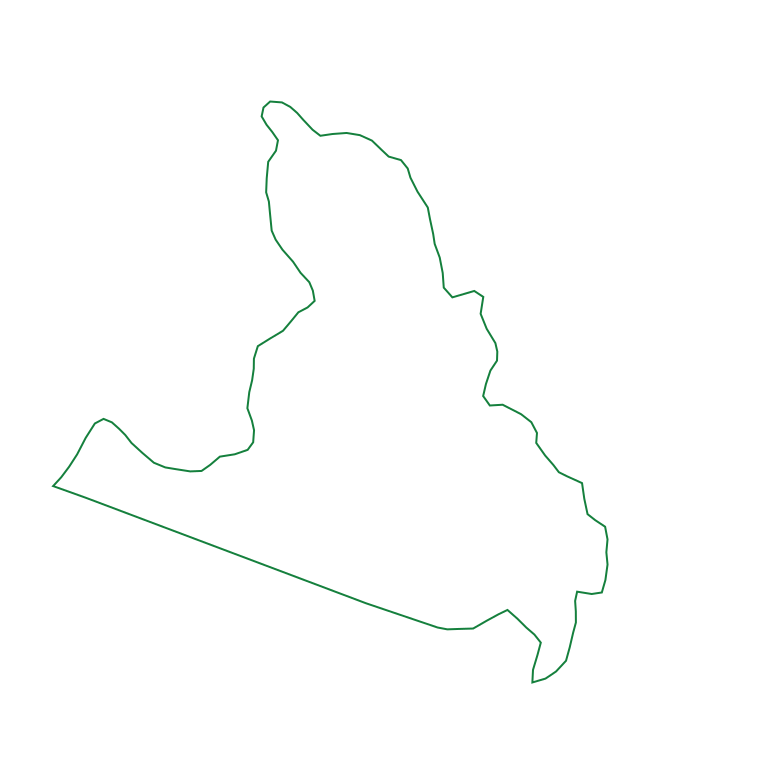 outline of Cipó, Bahia, Brazil, rotated 20°
{"feature_id": "56859067B81796628868211", "entity_name": "Cipó", "entity_type": "district", "adm_level": 2, "iso_a3": "BRA", "parent_name": "Brazil", "parent_adm1": "Bahia", "projection": "albers", "projection_center": [-38.527, -11.094], "detail": "fine", "context": "isolated", "style": "outline", "palette": "green", "viewbox_px": 768, "rotation_deg": 20, "n_neighbors": 0, "source": "geoboundaries", "source_scale": "gbopen_adm2", "svg_char_len": 1809}
<svg xmlns="http://www.w3.org/2000/svg" viewBox="0 0 768 768"><g transform="rotate(20 384 384)"><path d="M289.4,159.4L276.2,158.4L263.0,160.9L250.1,166.7L239.3,172.5L229.9,169.5L217.6,163.3L209.7,159.0L201.2,155.7L191.8,154.3L180.4,157.5L176.2,165.4L177.5,174.4L185.0,180.6L192.8,185.4L201.0,191.2L202.7,201.7L199.2,214.8L203.4,230.7L207.7,244.2L213.4,251.9L219.1,263.9L226.0,278.3L232.8,285.4L242.6,292.5L256.7,300.2L267.6,308.1L279.0,313.9L285.2,320.6L290.4,329.6L286.0,338.2L279.0,345.9L275.3,356.5L270.9,368.5L261.5,380.1L252.5,391.6L253.1,404.7L256.4,414.2L258.8,425.6L260.2,437.8L263.9,453.5L272.4,463.6L277.7,471.9L281.0,483.5L278.4,492.5L267.8,501.1L254.6,508.4L248.3,519.5L242.3,528.1L231.8,532.4L217.6,535.2L207.0,537.2L194.7,536.7L180.5,531.4L166.9,525.8L158.3,520.4L150.4,516.7L141.4,513.1L132.4,512.7L125.8,520.0L122.1,536.7L119.7,555.1L116.4,569.5L112.6,582.0L108.0,593.1L142.3,592.9L442.1,596.2L517.6,594.5L527.4,592.9L537.8,588.7L551.4,583.3L561.5,571.3L570.4,561.2L577.3,554.1L589.8,559.0L601.0,564.2L611.0,568.0L619.8,573.4L620.9,586.1L621.8,601.7L625.5,613.7L636.5,605.6L644.0,595.3L649.7,581.8L648.6,568.0L646.8,553.0L645.9,542.5L642.0,532.0L637.8,522.5L636.5,513.1L651.0,510.3L660.0,505.4L659.1,492.5L655.8,477.2L650.5,466.1L647.2,453.6L640.6,442.5L629.0,439.7L619.8,436.7L611.5,423.4L604.0,409.4L587.3,408.1L578.5,407.1L570.9,402.2L559.9,396.1L547.2,387.3L544.5,377.7L535.5,369.5L523.2,365.5L512.9,364.2L502.6,362.9L490.8,368.0L481.3,361.4L479.8,349.2L479.4,335.0L482.2,323.4L479.4,314.8L474.7,307.5L461.6,297.0L450.8,285.0L447.5,268.2L437.0,265.7L418.6,279.2L407.2,273.0L401.2,259.6L393.1,246.1L383.7,235.0L378.9,226.2L370.8,213.3L364.8,203.2L349.7,191.8L338.3,181.1L332.6,173.4L323.4,167.8L310.6,168.7L301.6,164.8L289.4,159.4Z" fill="none" stroke="#15803d" stroke-width="2"/></g></svg>